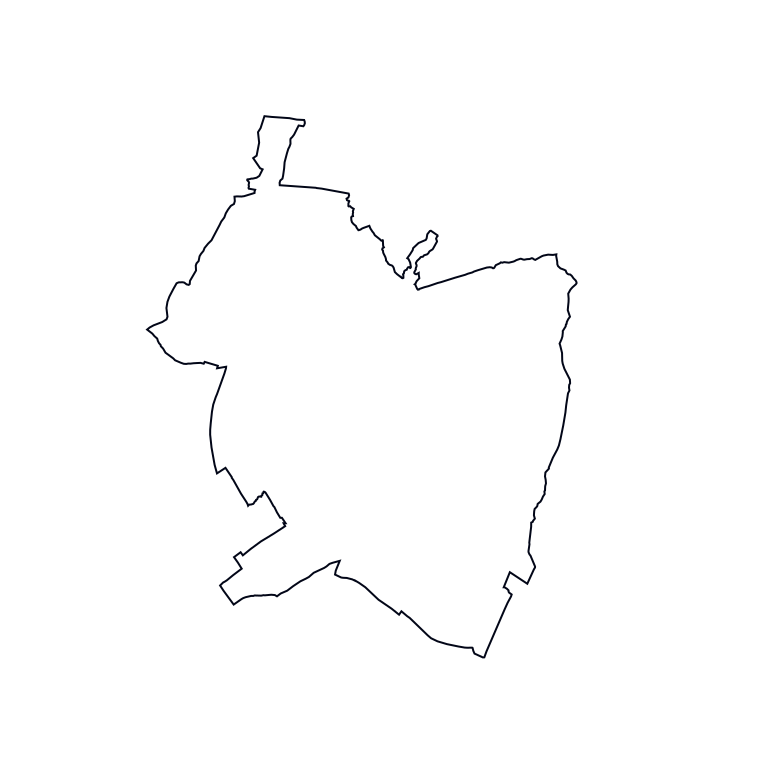 the district of Ardeoani, Bacau, Romania, rotated 254°
{"feature_id": "2599482B27984899635194", "entity_name": "Ardeoani", "entity_type": "district", "adm_level": 2, "iso_a3": "ROU", "parent_name": "Romania", "parent_adm1": "Bacau", "projection": "natural_earth1", "projection_center": [26.618, 46.525], "detail": "fine", "context": "isolated", "style": "outline", "palette": "ink", "viewbox_px": 768, "rotation_deg": 254, "n_neighbors": 0, "source": "geoboundaries", "source_scale": "gbopen_adm2", "svg_char_len": 6162}
<svg xmlns="http://www.w3.org/2000/svg" viewBox="0 0 768 768"><g transform="rotate(254 384 384)"><path d="M461.1,585.4L461.5,582.0L463.1,577.4L463.5,572.7L463.3,570.8L461.6,563.6L462.6,562.4L463.8,561.5L464.2,560.7L464.0,558.4L464.6,555.8L464.8,553.3L465.2,552.2L466.5,550.4L466.8,549.6L466.6,545.4L466.1,543.3L466.0,541.9L466.2,537.5L468.0,533.1L468.0,531.1L468.7,529.9L468.1,528.5L467.4,524.2L465.4,522.1L465.1,521.5L465.2,520.7L466.3,519.7L467.1,517.9L467.6,515.0L467.5,505.8L467.3,501.5L466.9,499.7L466.9,495.0L466.6,492.2L466.6,481.6L466.2,466.9L466.3,463.5L465.8,453.6L465.9,449.6L465.6,443.9L465.2,443.6L465.3,442.6L466.3,442.1L471.1,441.4L471.4,441.1L471.8,442.1L472.6,442.5L474.0,443.9L475.9,447.1L480.0,447.6L481.2,448.0L480.6,445.3L481.0,444.5L481.8,443.9L482.5,443.7L483.3,444.1L485.4,446.2L486.5,446.4L488.3,447.8L489.3,448.1L491.1,447.9L491.7,448.1L493.3,449.8L494.8,452.8L495.8,454.2L495.9,454.8L495.6,456.4L496.7,458.1L496.7,461.0L497.4,462.6L498.7,463.9L499.1,464.6L500.0,467.7L500.5,468.4L506.2,474.1L506.6,474.3L509.3,474.1L510.9,475.4L511.4,476.3L512.2,476.4L518.4,471.3L518.4,470.2L516.0,466.9L512.2,465.1L511.0,463.9L510.0,456.1L506.6,449.5L504.7,448.4L501.3,444.6L498.5,441.0L497.3,442.0L493.6,442.6L488.9,442.1L488.2,441.3L488.2,441.1L489.4,440.5L489.6,439.4L488.5,438.0L487.6,437.4L487.5,435.9L486.8,434.5L484.7,433.5L484.4,432.7L484.1,432.5L482.9,432.5L480.7,431.9L480.5,431.2L480.9,430.4L482.3,429.8L482.2,429.6L486.0,426.8L488.6,425.3L493.3,425.3L494.7,424.9L495.8,424.2L496.9,422.5L498.5,421.2L499.8,421.0L502.1,420.0L503.4,420.3L505.6,420.3L509.8,419.5L511.1,419.5L512.3,419.8L513.7,419.3L514.8,419.9L515.4,421.6L516.8,421.2L522.4,422.5L522.6,422.4L522.4,421.1L522.8,420.7L524.3,419.9L529.5,416.2L532.1,415.6L533.6,414.9L537.2,413.8L540.1,413.5L539.7,407.5L539.5,405.8L538.9,404.0L538.8,402.1L538.9,401.8L542.0,400.7L543.5,400.6L546.3,398.7L548.4,397.8L550.6,397.8L553.2,398.4L553.9,399.1L553.9,400.5L556.0,400.8L557.4,401.6L558.7,401.7L560.7,403.2L562.8,401.2L564.2,400.5L564.4,399.1L564.9,398.8L567.5,399.6L569.3,401.0L569.9,400.7L570.3,399.7L570.9,399.1L572.5,399.1L573.1,401.2L575.1,402.5L576.8,402.5L589.0,377.9L591.0,373.1L591.4,372.6L603.8,338.6L606.2,339.1L608.2,340.4L609.4,343.0L612.0,344.4L618.7,347.4L624.6,349.6L632.7,354.4L636.5,356.9L638.0,358.4L640.6,360.3L644.5,361.3L645.6,361.9L646.7,363.9L648.5,366.3L656.0,373.2L654.0,377.5L654.8,378.6L656.5,379.8L658.2,380.1L659.8,380.0L662.2,373.0L665.6,366.4L671.7,349.6L674.4,342.9L664.0,335.9L660.8,332.3L650.4,330.5L638.6,324.5L637.2,320.5L625.5,324.4L623.8,326.5L618.4,321.5L617.4,318.4L617.6,314.6L618.0,313.0L618.0,310.7L618.3,309.8L618.3,309.0L618.0,308.8L617.6,308.7L615.6,309.7L614.7,309.8L612.6,308.7L611.3,308.7L609.8,307.8L609.0,307.9L606.2,313.7L605.0,312.8L603.3,312.2L603.1,301.3L603.5,298.7L604.9,294.3L605.3,291.9L600.9,291.0L598.4,289.4L597.5,285.9L594.7,282.2L591.7,279.0L588.1,276.4L585.0,272.3L582.3,269.9L569.7,257.8L567.4,253.6L564.2,249.0L561.7,247.1L559.5,243.9L557.6,241.9L553.3,239.7L551.6,237.0L549.7,235.7L544.9,234.6L536.6,225.9L533.6,224.8L533.1,223.6L534.2,221.7L536.5,220.0L537.3,218.5L538.3,214.6L538.0,212.4L533.6,207.9L527.2,201.8L522.7,198.5L517.0,195.8L508.3,194.4L506.1,192.8L504.7,187.9L503.9,178.7L502.9,174.3L501.6,171.3L496.3,175.2L493.1,176.6L490.2,178.5L487.8,178.5L485.2,179.0L483.2,180.0L481.8,179.9L479.0,181.4L474.3,182.6L466.7,188.5L464.4,189.7L460.4,194.6L458.6,197.1L457.8,199.4L457.6,201.3L457.0,203.3L456.4,206.9L454.9,213.4L453.2,216.3L454.7,217.7L447.3,229.3L445.1,227.9L444.1,237.0L442.6,236.4L438.1,233.5L420.3,220.7L417.7,218.6L411.3,214.2L404.8,211.0L393.7,206.5L387.9,204.3L383.1,202.9L370.5,200.7L353.0,198.9L344.1,198.8L347.1,208.5L336.4,212.0L335.8,211.8L333.3,212.7L318.0,216.3L308.9,219.1L306.4,219.7L304.4,219.8L305.2,221.1L304.8,223.0L304.8,225.3L305.7,226.5L306.7,227.4L307.0,228.6L307.9,229.1L308.1,230.3L310.0,231.7L310.3,232.9L309.5,234.9L310.4,235.3L310.6,236.3L312.3,237.0L312.3,237.8L313.6,238.5L313.7,238.8L312.9,239.8L312.2,240.2L304.1,242.5L297.0,244.1L296.0,244.7L290.2,245.7L284.0,247.4L283.5,249.0L277.3,251.0L277.8,249.1L274.6,249.8L270.6,236.9L266.6,222.3L262.3,210.7L258.2,201.1L261.8,199.8L258.9,192.1L252.7,194.3L245.7,196.3L241.8,186.2L238.6,178.8L237.8,176.1L237.6,174.8L235.5,170.9L229.4,172.8L213.4,178.7L216.5,187.7L217.0,189.7L217.2,192.2L216.9,197.9L216.3,200.0L216.4,201.3L214.4,207.6L214.2,210.0L213.7,211.2L212.5,217.5L211.2,220.9L209.4,222.6L211.1,227.0L212.0,234.0L214.7,240.9L217.4,249.3L218.4,255.1L219.2,258.6L221.9,264.4L223.7,275.8L224.5,278.5L226.1,282.0L226.3,285.4L226.2,292.7L217.9,286.2L214.3,284.4L209.8,289.5L209.1,291.0L207.8,294.8L204.9,299.7L202.8,302.0L203.0,302.1L199.6,305.3L193.8,310.0L178.1,319.3L165.9,329.4L158.1,334.9L160.7,338.1L154.4,342.3L152.1,344.2L130.4,356.7L126.6,359.2L121.9,364.5L116.6,372.8L111.2,383.1L108.4,388.9L107.5,391.4L106.3,396.0L105.9,396.4L102.8,396.3L99.9,396.7L93.9,403.7L93.6,405.1L98.7,408.8L134.2,437.9L139.7,442.6L144.8,447.6L146.5,448.7L148.9,446.8L150.0,446.5L151.3,446.8L153.3,445.7L155.4,443.8L155.6,443.1L168.4,453.1L152.5,466.7L164.5,477.0L166.0,478.6L166.9,478.9L178.7,477.5L180.0,476.9L182.3,476.6L183.5,476.8L189.9,479.7L191.4,479.9L206.2,486.1L210.2,487.3L210.5,489.0L211.4,489.6L213.0,491.9L216.4,491.9L220.3,493.3L222.4,494.4L223.6,496.6L224.3,497.6L226.4,498.7L227.8,502.0L229.5,503.8L232.0,505.8L233.9,508.1L236.6,508.6L237.2,509.4L241.4,510.8L243.8,512.3L247.4,513.0L250.8,513.3L254.5,514.8L257.2,519.2L258.3,519.4L266.6,526.0L273.3,532.5L276.7,535.2L282.3,538.4L294.8,544.9L306.5,550.5L313.4,553.3L324.3,558.3L326.7,560.5L329.4,560.8L332.1,561.8L333.4,563.1L337.0,563.9L348.9,561.6L354.4,561.4L357.1,561.7L364.7,563.7L372.8,564.0L374.4,563.9L377.8,566.8L380.5,568.6L384.5,570.2L385.6,570.4L389.3,574.5L391.1,575.3L391.4,576.0L393.3,576.9L395.6,579.0L397.4,581.3L404.4,581.0L412.0,584.0L415.1,585.0L420.1,586.0L423.4,589.3L425.0,591.8L426.9,595.8L427.7,596.8L428.7,597.1L430.6,596.8L433.3,595.3L436.2,594.3L437.9,593.2L438.5,591.7L439.3,590.8L440.7,590.1L443.0,589.9L444.3,588.5L446.5,585.5L449.3,583.8L451.3,583.6L453.7,584.2L459.7,584.8L461.1,585.4Z" fill="none" stroke="#020617" stroke-width="2"/></g></svg>